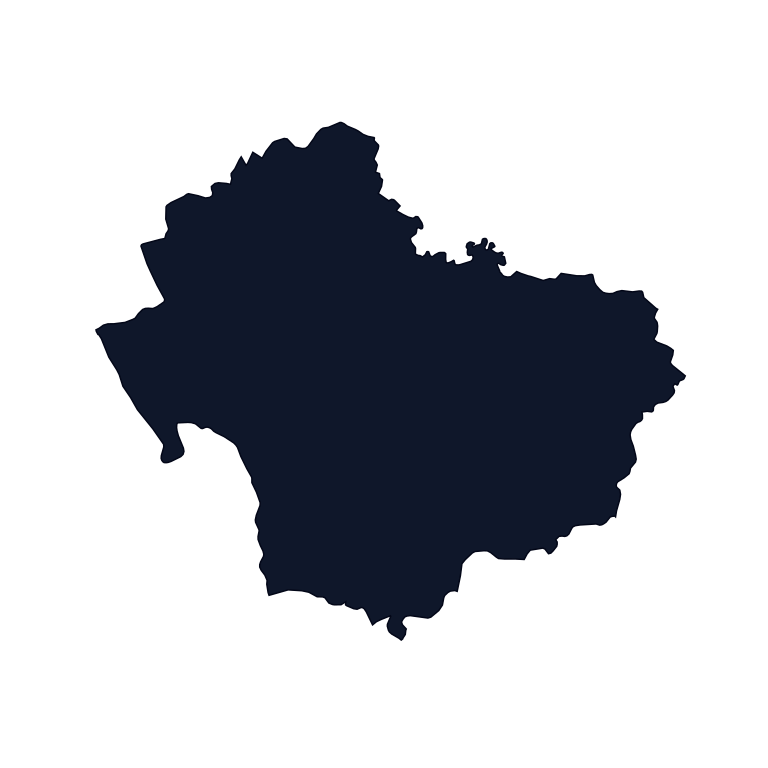 outline of Yen Thanh, Nghệ An, Vietnam, rotated 282°
{"feature_id": "81297802B75629290490646", "entity_name": "Yen Thanh", "entity_type": "district", "adm_level": 2, "iso_a3": "VNM", "parent_name": "Vietnam", "parent_adm1": "Nghệ An", "projection": "robinson", "projection_center": [105.458, 19.022], "detail": "fine", "context": "isolated", "style": "filled", "palette": "ink", "viewbox_px": 768, "rotation_deg": 282, "n_neighbors": 0, "source": "geoboundaries", "source_scale": "gbopen_adm2", "svg_char_len": 6164}
<svg xmlns="http://www.w3.org/2000/svg" viewBox="0 0 768 768"><g transform="rotate(282 384 384)"><path d="M468.4,117.6L452.4,127.2L446.1,131.8L433.4,141.5L421.7,151.6L420.4,152.0L418.5,151.7L412.4,145.9L410.5,143.4L409.7,142.0L409.1,137.7L408.3,134.8L406.7,132.4L401.8,129.2L396.6,126.9L394.9,124.8L390.4,117.9L386.7,107.2L385.4,101.4L383.2,97.3L379.3,93.8L377.1,91.0L375.6,91.7L373.0,93.9L372.9,94.8L369.6,98.1L353.0,109.3L342.3,119.7L338.1,123.1L327.5,129.1L318.1,138.9L307.7,148.1L292.1,167.2L279.2,181.0L276.6,181.7L267.6,181.1L264.9,181.5L263.2,182.5L262.0,183.8L261.4,185.3L261.9,187.8L262.5,189.3L264.0,191.8L270.7,200.3L273.4,202.1L276.5,202.3L279.6,201.1L290.6,193.6L295.1,191.3L298.2,190.2L301.3,189.7L302.7,189.9L303.2,190.6L305.7,200.2L306.2,203.6L305.9,207.8L302.6,214.3L302.6,215.0L302.7,215.8L304.4,218.2L305.1,219.9L305.0,222.2L304.3,224.5L302.4,227.3L301.5,229.8L299.3,238.6L295.2,249.2L293.5,251.8L291.5,253.9L283.3,259.1L272.7,267.4L265.5,273.8L264.2,274.4L260.0,275.3L251.7,281.7L242.1,287.6L239.4,288.0L229.1,286.4L224.3,286.4L222.0,287.2L215.4,292.1L214.2,292.4L208.7,292.5L205.7,293.2L200.2,296.7L195.6,300.3L192.6,301.8L190.4,302.0L184.4,300.3L181.5,300.0L179.1,300.5L176.2,302.7L172.3,307.2L167.6,310.5L163.7,311.0L155.9,314.0L153.4,315.5L162.7,333.0L164.7,346.6L164.7,353.8L162.0,362.8L163.0,368.1L162.7,370.6L158.3,375.6L157.6,379.5L157.7,381.3L159.2,387.9L163.1,391.9L160.0,392.3L159.4,393.5L157.9,401.1L158.1,404.5L160.6,408.1L160.8,409.3L160.1,411.3L157.5,414.0L146.0,422.9L149.9,426.0L153.2,430.3L158.7,438.5L158.2,438.9L149.7,437.3L147.8,437.6L144.1,439.5L142.6,440.8L141.0,443.6L138.4,451.6L137.1,454.1L138.6,455.3L139.6,455.4L143.4,456.9L147.6,456.5L149.0,456.7L152.3,452.1L154.5,450.8L155.8,450.8L157.9,451.5L160.5,452.8L161.8,454.7L162.9,457.8L164.2,475.6L165.7,478.3L173.8,484.7L179.9,487.1L187.4,486.9L189.8,487.4L193.3,489.8L195.2,491.9L196.7,496.2L196.4,498.7L212.4,498.6L224.4,497.6L229.1,500.0L237.2,505.6L239.1,507.9L241.7,516.4L242.3,519.8L241.3,523.4L238.0,529.9L237.1,532.3L237.9,538.3L240.1,548.5L241.5,557.6L247.5,559.3L251.9,561.6L256.5,573.5L256.0,575.8L252.2,580.2L253.3,582.4L255.9,584.1L261.2,586.7L263.3,586.7L265.5,586.2L267.4,584.3L271.4,586.9L272.3,589.8L272.5,592.5L273.5,594.4L275.7,596.0L282.0,597.7L283.7,598.6L285.2,600.6L286.9,605.1L291.2,620.6L290.8,624.3L291.6,626.3L292.8,627.8L295.0,629.9L300.8,632.8L301.9,634.5L302.8,637.2L302.2,638.1L308.3,637.8L320.1,638.6L325.3,638.3L329.2,636.7L331.4,633.0L333.1,632.2L335.2,632.2L336.9,632.9L342.2,638.4L347.2,642.4L349.6,642.7L353.0,642.6L359.9,646.2L362.9,646.3L366.8,644.8L375.0,640.8L381.0,637.0L385.4,635.3L388.5,635.2L391.2,635.8L397.8,638.7L399.5,640.4L400.4,642.0L402.0,643.4L403.9,644.0L407.6,643.2L410.2,642.1L412.0,647.1L412.4,651.7L413.5,652.7L414.3,652.9L417.6,652.4L420.4,653.7L422.4,656.1L424.0,660.7L425.5,663.3L427.3,665.1L433.2,668.6L435.7,669.6L437.9,669.5L441.8,667.1L444.7,668.3L443.9,671.0L444.5,671.5L448.4,672.3L450.5,675.5L451.5,676.3L454.6,677.0L462.1,662.2L464.0,659.9L465.4,659.5L472.5,660.4L477.0,660.0L478.5,657.1L480.0,652.8L481.7,642.1L483.8,638.6L490.2,640.4L492.1,640.4L497.6,639.6L499.9,638.8L501.2,638.2L504.3,634.9L505.5,634.5L509.9,634.9L514.0,636.2L514.6,634.2L522.5,620.2L527.5,617.9L528.4,616.7L528.0,614.2L525.8,608.0L524.8,597.2L522.8,592.7L520.2,589.1L519.2,585.5L518.9,582.0L519.2,579.0L521.2,575.4L524.4,571.1L527.1,568.7L534.0,565.5L534.4,564.4L533.8,562.3L531.5,557.9L529.9,550.0L529.0,534.3L522.5,530.5L521.9,529.0L521.5,524.1L518.5,518.6L518.4,517.5L519.7,505.2L519.7,502.7L520.6,495.1L521.6,490.4L515.2,485.7L514.3,482.6L514.3,479.3L515.1,477.3L516.4,476.0L517.7,474.0L518.7,473.6L524.2,469.8L525.0,469.9L525.8,470.5L525.9,471.3L525.0,473.5L524.9,476.1L525.3,477.0L527.4,478.0L533.4,475.3L533.6,473.1L534.1,472.5L534.7,472.4L536.4,473.4L537.0,473.1L537.4,472.3L537.3,471.4L535.6,468.5L535.5,466.8L535.9,464.9L537.4,461.6L538.1,460.8L538.7,460.6L541.2,463.6L541.8,463.8L544.0,461.9L544.5,461.2L544.6,460.3L544.2,459.0L543.3,458.3L537.4,458.0L536.3,456.6L536.6,455.4L537.5,454.6L538.9,454.2L542.0,455.2L544.3,455.4L545.7,455.0L546.8,454.3L547.4,453.4L547.3,452.3L546.8,451.0L546.0,450.2L541.4,450.1L539.9,448.3L539.1,446.1L536.6,442.8L536.5,442.2L537.1,441.6L537.8,441.6L539.5,443.2L540.0,443.3L540.6,442.7L540.9,439.3L540.5,438.1L538.5,436.2L535.6,435.9L534.8,436.2L533.5,437.8L530.1,438.1L528.0,438.9L527.6,439.7L527.5,440.7L528.5,443.3L528.0,444.1L526.0,445.0L523.8,444.7L522.1,443.5L516.6,433.7L515.9,432.0L515.5,429.5L516.3,428.3L519.2,427.0L519.5,426.4L517.6,424.3L515.9,421.8L515.5,420.3L515.9,419.5L518.7,418.4L524.3,417.3L525.2,415.9L524.3,411.5L523.7,410.2L521.0,407.0L519.2,405.6L518.5,404.4L519.0,402.5L522.6,400.2L522.7,399.4L522.3,398.4L519.0,397.5L516.3,395.3L517.1,392.6L516.9,390.9L517.4,388.2L518.4,387.5L523.0,386.7L524.1,386.2L528.1,381.4L531.2,379.7L532.2,379.6L533.5,380.2L537.7,383.9L539.5,384.1L542.9,383.8L543.8,384.6L544.1,385.5L543.4,387.9L544.0,389.0L544.9,389.3L546.8,389.0L549.4,387.6L554.4,382.7L554.6,382.0L554.4,380.3L552.4,378.4L552.1,377.6L552.3,373.1L553.7,367.4L555.8,360.8L556.2,360.3L556.8,360.2L561.5,362.7L566.0,355.9L566.3,354.8L566.2,353.0L564.2,350.5L569.2,338.8L576.8,340.5L583.3,340.1L583.8,339.6L585.1,337.2L588.9,335.8L589.4,331.6L596.8,331.9L599.3,330.0L601.1,327.9L602.2,327.4L612.7,329.4L615.6,329.3L616.6,328.8L619.5,324.5L620.4,323.6L622.6,323.5L623.0,323.1L622.9,316.9L623.8,311.6L626.1,306.2L627.0,303.1L628.6,294.5L630.3,290.8L630.9,288.0L630.7,286.6L623.5,276.3L621.6,271.2L619.9,269.3L614.6,266.0L609.5,264.3L600.5,260.3L598.2,258.2L597.3,255.1L597.2,247.6L603.6,238.3L603.4,235.3L598.5,226.6L596.8,224.9L587.1,220.2L579.5,217.9L583.4,207.5L571.3,204.7L569.2,203.6L576.5,197.1L573.3,195.9L563.4,193.4L558.1,190.8L556.0,191.2L553.3,192.5L547.4,192.3L547.4,188.1L546.4,180.2L545.0,177.0L541.3,174.1L538.6,174.9L535.7,176.7L533.3,176.9L532.3,176.7L530.3,174.8L528.8,170.7L529.5,163.0L529.5,153.2L528.5,151.6L525.8,149.3L517.2,138.0L513.6,134.6L512.0,134.0L499.9,136.3L491.4,140.9L490.3,141.1L488.5,140.8L485.7,139.6L481.2,139.4L480.6,139.0L479.0,135.2L470.9,119.2L469.8,117.9L468.4,117.6Z" fill="#0f172a" stroke="#020617" stroke-width="1.5"/></g></svg>